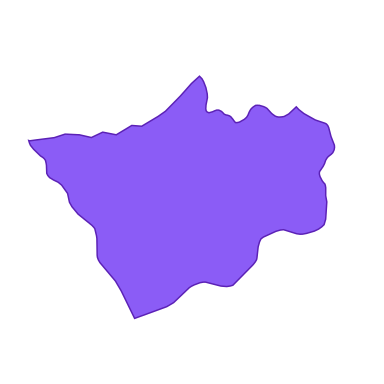 map outline of Canelones (Mercator projection), rotated 168°
{"feature_id": "URY-17", "entity_name": "Canelones", "entity_type": "Department", "adm_level": 1, "iso_a3": "URY", "parent_name": "Uruguay", "parent_adm1": "", "projection": "mercator", "projection_center": [-56.01, -34.547], "detail": "fine", "context": "isolated", "style": "filled", "palette": "violet", "viewbox_px": 384, "rotation_deg": 168, "n_neighbors": 0, "source": "natural_earth", "source_scale": "10m", "svg_char_len": 2035}
<svg xmlns="http://www.w3.org/2000/svg" viewBox="0 0 384 384"><g transform="rotate(168 192 192)"><path d="M341.0,276.3L340.1,275.8L333.4,275.3L315.4,273.8L304.1,275.0L290.1,271.3L279.1,266.2L266.9,269.1L254.2,263.7L237.1,269.6L227.5,266.8L209.4,273.0L201.2,276.5L183.4,288.3L170.0,298.2L160.6,303.7L158.7,300.7L157.7,297.4L156.7,291.2L156.7,284.9L157.0,282.8L157.3,281.0L160.2,274.2L161.2,270.6L161.3,268.6L160.5,267.0L158.9,266.0L155.2,266.2L153.0,266.7L150.7,267.0L148.7,266.5L146.4,264.7L145.3,263.1L144.5,261.7L143.9,261.1L142.7,260.3L141.2,259.7L139.7,258.8L138.5,257.7L136.9,254.7L136.3,253.2L135.1,250.9L133.6,250.5L131.1,250.5L125.7,252.2L123.1,253.7L121.4,255.4L119.5,258.2L118.4,259.5L117.3,260.7L116.0,261.6L114.6,262.4L111.8,263.5L110.3,263.3L108.0,262.7L104.1,260.6L102.4,259.3L101.2,258.1L98.0,252.6L97.1,251.4L94.9,249.0L93.4,248.0L91.4,247.2L88.5,246.8L86.2,246.7L81.2,248.2L72.3,253.6L70.3,250.3L66.2,245.4L56.4,236.8L47.6,231.6L46.4,230.6L45.4,228.8L44.9,226.5L44.5,217.4L43.0,208.2L43.3,206.0L44.2,203.7L46.1,201.2L47.9,200.0L51.2,198.4L52.5,197.5L53.6,196.4L54.7,195.2L56.4,192.3L58.5,189.7L63.1,185.3L63.7,183.2L63.6,180.6L62.4,176.1L61.4,173.9L60.4,172.3L60.2,170.8L60.3,168.4L62.0,160.5L62.2,154.3L66.9,137.6L69.6,132.6L72.4,130.9L75.9,129.4L80.5,128.3L88.6,127.7L92.6,127.8L95.2,128.3L98.3,129.4L110.3,136.1L113.5,136.4L118.0,136.1L131.5,133.1L134.3,131.8L136.3,129.2L138.7,124.6L142.2,114.0L142.9,112.4L144.6,110.5L147.2,108.3L171.4,92.3L174.0,92.1L177.7,92.3L183.3,94.0L197.6,101.1L199.8,101.5L203.0,101.6L209.1,100.7L212.2,99.9L214.5,99.0L233.0,87.6L240.5,85.1L274.4,80.3L281.8,110.0L285.4,120.8L296.7,142.0L297.7,145.0L298.1,147.8L297.9,149.9L294.7,166.2L294.5,169.1L294.7,176.3L295.3,177.7L296.8,180.2L308.0,194.0L312.5,202.6L314.0,207.4L314.0,216.5L318.1,225.9L320.9,229.4L324.9,232.5L328.3,235.7L329.6,238.1L330.2,240.4L328.8,248.5L328.7,250.8L328.8,253.5L329.6,255.3L330.6,256.7L332.7,258.8L338.0,266.7L340.3,271.2L340.8,273.7L341.0,276.3Z" fill="#8b5cf6" stroke="#5b21b6" stroke-width="1.5"/></g></svg>